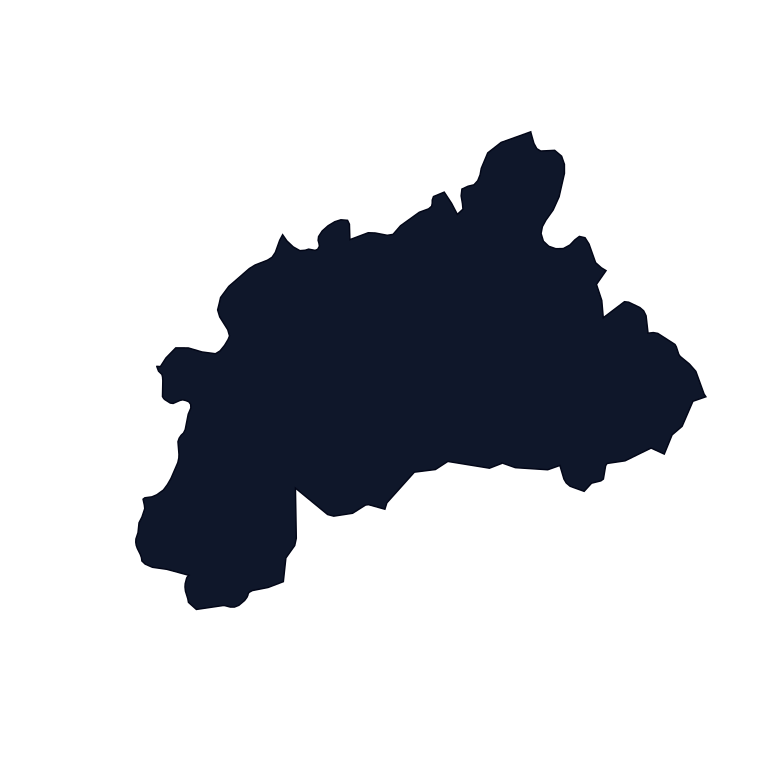 map outline of Orense (Natural Earth projection), rotated 157°
{"feature_id": "ESP-5838", "entity_name": "Orense", "entity_type": "Autonomous Community", "adm_level": 1, "iso_a3": "ESP", "parent_name": "Spain", "parent_adm1": "", "projection": "natural_earth1", "projection_center": [-7.513, 42.192], "detail": "fine", "context": "isolated", "style": "filled", "palette": "ink", "viewbox_px": 768, "rotation_deg": 157, "n_neighbors": 0, "source": "natural_earth", "source_scale": "10m", "svg_char_len": 2783}
<svg xmlns="http://www.w3.org/2000/svg" viewBox="0 0 768 768"><g transform="rotate(157 384 384)"><path d="M146.5,443.5L141.8,440.1L140.6,432.7L141.8,413.0L138.5,406.0L135.3,401.6L149.5,392.7L150.9,375.8L156.3,359.3L130.5,365.8L126.8,363.7L118.6,354.4L116.4,349.9L116.1,344.4L121.1,327.6L116.0,326.1L112.2,323.6L100.7,306.7L100.4,304.0L101.1,296.1L100.6,293.7L95.0,282.9L92.0,273.8L93.3,249.7L92.7,246.5L106.4,247.4L126.1,228.6L138.7,224.6L153.4,210.0L163.2,220.7L192.1,219.1L209.7,223.7L211.9,222.2L219.2,210.8L222.2,210.1L231.7,211.6L241.7,207.0L252.6,217.1L254.9,221.7L255.5,226.2L253.9,240.3L266.8,241.1L295.8,255.7L306.3,265.3L306.9,264.9L319.8,265.3L355.5,287.8L370.1,285.2L390.5,291.0L427.8,273.5L432.1,268.4L445.4,279.0L448.3,279.8L463.4,277.3L481.9,282.0L486.9,285.9L506.2,322.8L525.0,276.3L529.3,270.2L542.3,262.2L553.9,241.4L570.2,242.0L585.9,245.3L589.8,244.9L591.2,243.7L591.9,242.7L593.5,241.2L596.9,239.2L604.1,237.0L608.8,237.1L612.6,238.7L617.1,242.2L618.8,243.0L644.8,249.8L649.3,259.4L648.5,263.0L647.7,270.9L646.5,274.9L645.0,277.9L642.1,281.7L640.9,283.0L638.3,284.1L656.5,298.4L668.8,305.8L674.2,311.5L676.0,315.7L675.1,319.0L674.9,322.5L675.3,329.0L675.1,332.3L674.3,335.4L672.9,338.3L668.5,343.3L663.7,352.0L658.8,356.1L652.9,362.8L651.9,366.2L650.8,372.1L648.6,372.7L641.7,370.8L636.5,370.8L628.5,372.6L622.7,376.0L617.0,380.3L604.5,392.2L601.7,396.2L600.2,399.4L596.2,411.4L593.7,414.2L590.7,416.1L587.7,417.2L584.8,419.7L576.0,432.7L571.2,437.3L569.9,440.8L570.6,443.9L572.9,446.2L575.5,448.1L578.3,448.6L585.7,448.5L588.2,450.0L592.0,455.5L592.5,456.9L592.8,459.0L586.3,473.5L585.1,477.0L584.7,479.6L586.5,483.9L586.3,488.9L586.2,489.0L583.0,487.4L574.5,493.2L561.6,498.6L550.1,493.7L539.0,484.6L527.3,477.7L522.0,478.5L515.6,481.9L510.1,485.9L507.4,488.6L506.6,495.0L509.0,509.9L508.2,517.2L504.0,522.8L500.6,527.5L488.7,534.5L462.8,542.9L456.2,543.9L443.0,543.5L437.5,544.4L432.6,547.6L423.8,557.1L419.0,561.0L417.5,553.7L414.0,545.7L409.3,539.6L404.2,537.9L400.7,537.6L395.2,533.9L392.4,533.9L389.6,536.1L388.9,538.9L388.5,542.0L386.6,545.3L381.1,549.0L373.7,551.5L365.9,552.6L359.5,552.0L353.6,548.9L353.4,544.6L359.0,530.2L339.4,529.4L333.0,526.4L322.9,519.6L317.2,518.2L307.0,523.2L284.4,528.3L274.5,527.8L270.7,529.0L269.0,531.5L267.7,534.5L265.2,537.2L253.6,537.1L251.2,523.9L250.2,511.5L243.0,514.1L241.3,519.4L239.5,527.0L236.1,533.0L229.3,533.2L223.4,532.2L218.3,534.5L213.8,539.0L210.2,544.5L198.2,556.2L197.5,556.4L181.8,560.6L150.4,558.8L150.6,557.9L152.0,546.9L151.4,540.9L148.7,537.2L135.6,532.4L131.5,524.3L132.1,515.7L135.6,507.4L149.7,487.9L160.3,478.1L170.9,471.6L176.7,467.0L180.6,461.2L181.5,453.2L178.5,446.4L173.0,441.4L166.0,438.6L158.5,439.3L152.0,442.1L146.5,443.5Z" fill="#0f172a" stroke="#020617" stroke-width="1.5"/></g></svg>